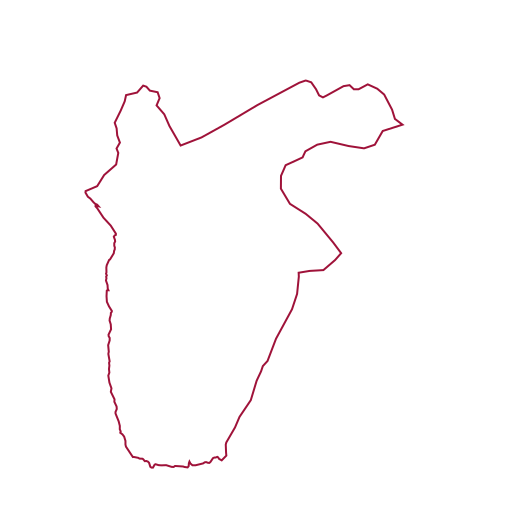 the district of Ocean, Sud, Cameroon, rotated 347°
{"feature_id": "32672807B78470526928215", "entity_name": "Ocean", "entity_type": "district", "adm_level": 2, "iso_a3": "CMR", "parent_name": "Cameroon", "parent_adm1": "Sud", "projection": "mercator", "projection_center": [10.17, 2.882], "detail": "fine", "context": "isolated", "style": "outline", "palette": "rose", "viewbox_px": 512, "rotation_deg": 347, "n_neighbors": 0, "source": "geoboundaries", "source_scale": "gbopen_adm2", "svg_char_len": 2792}
<svg xmlns="http://www.w3.org/2000/svg" viewBox="0 0 512 512"><g transform="rotate(347 256 256)"><path d="M197.6,80.5L197.0,74.3L189.8,71.0L187.3,66.4L184.4,64.6L176.9,70.0L165.6,70.0L162.9,75.7L161.6,77.5L156.8,84.0L148.3,94.4L148.9,100.3L147.9,107.3L148.9,114.9L144.3,119.9L145.0,124.6L140.3,135.4L126.3,142.9L125.6,143.6L117.0,152.2L106.5,154.1L104.6,154.4L104.1,155.9L105.5,160.4L107.5,162.8L109.7,167.0L110.9,168.8L112.8,170.3L113.8,172.2L111.0,170.9L110.8,171.5L112.1,173.9L116.0,184.4L121.3,193.7L123.0,198.5L124.5,202.7L124.2,203.9L122.9,204.2L121.8,205.2L122.2,208.6L122.0,210.2L120.8,211.6L120.2,214.2L120.4,215.9L119.8,217.9L119.0,218.9L118.0,221.4L113.0,226.5L112.0,226.8L108.5,231.4L107.6,233.5L106.6,238.3L105.9,239.5L106.3,241.3L105.3,242.5L105.3,244.0L104.3,246.1L104.8,250.9L104.2,254.5L104.5,256.2L103.3,255.9L102.8,256.2L101.3,261.6L100.4,267.1L101.4,271.9L103.2,277.2L102.8,278.0L101.8,278.8L101.2,280.9L99.5,283.9L98.8,286.0L99.1,289.9L98.3,294.8L94.6,299.5L94.4,301.0L95.0,302.9L94.4,305.4L91.9,309.6L91.0,316.3L90.6,317.0L90.1,318.2L89.7,325.7L88.8,327.0L88.5,329.8L87.3,333.1L86.9,336.6L85.2,339.3L84.7,346.4L85.4,352.4L84.0,355.7L85.9,363.8L85.2,366.2L86.3,371.3L86.2,372.0L85.9,373.8L84.0,376.4L83.7,377.9L85.0,386.2L85.1,390.9L84.3,394.2L84.7,396.4L84.0,397.7L85.7,399.7L86.9,402.3L87.2,406.8L86.4,410.3L86.4,412.5L89.7,421.3L90.8,424.2L91.7,424.3L95.9,426.2L96.9,427.2L99.8,428.0L100.4,428.7L101.5,430.9L103.1,431.1L104.5,432.1L105.3,433.5L105.6,437.6L106.6,438.7L108.0,439.0L110.3,436.5L111.3,436.3L113.9,437.8L115.4,438.3L116.7,438.7L121.4,439.6L126.4,442.5L128.3,443.0L129.8,442.4L131.0,442.7L137.6,444.7L138.9,445.5L141.8,446.6L143.1,445.6L144.0,442.8L144.9,441.4L145.4,443.4L147.0,445.6L150.0,446.3L157.8,446.2L159.6,445.5L161.0,445.6L162.7,446.7L164.0,447.1L165.3,446.4L168.6,443.3L170.1,443.0L171.3,443.3L173.1,443.0L173.8,443.7L174.4,445.4L176.6,447.4L181.6,444.2L182.2,443.8L182.6,440.9L184.1,433.0L185.1,431.0L197.0,418.3L202.4,410.9L203.8,409.0L218.5,395.3L228.5,377.8L229.8,376.1L235.0,369.5L237.9,364.8L243.6,360.9L256.9,341.1L279.1,316.0L279.9,314.7L287.5,302.2L293.1,285.7L293.8,281.9L304.9,282.6L318.5,284.9L332.2,277.7L339.6,272.4L334.2,260.1L323.3,238.3L314.0,226.2L300.8,212.8L295.4,196.0L298.4,183.5L302.0,178.7L305.3,174.2L316.6,171.9L323.6,170.4L325.1,168.4L327.7,165.1L340.7,161.3L354.3,161.5L359.0,163.8L371.0,169.7L385.5,175.4L396.8,174.3L407.6,162.7L428.3,161.0L422.2,153.7L421.5,144.0L417.2,127.5L411.8,120.3L403.5,113.9L393.5,116.6L388.9,115.6L385.6,110.6L379.5,110.2L360.7,115.6L356.9,116.5L353.6,113.7L352.0,107.0L348.9,99.2L344.7,96.6L343.7,96.2L337.2,96.9L291.2,109.3L254.7,121.0L231.7,127.6L229.6,128.2L207.4,131.4L204.6,122.1L200.9,109.9L198.5,97.3L193.0,86.9L197.6,80.5Z" fill="none" stroke="#9f1239" stroke-width="2"/></g></svg>